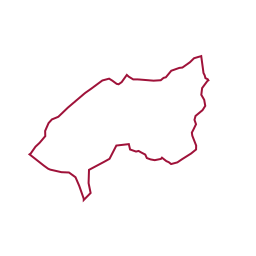 Al Fasher, North Darfur, Sudan, rotated 151°
{"feature_id": "16777658B96521919713520", "entity_name": "Al Fasher", "entity_type": "district", "adm_level": 2, "iso_a3": "SDN", "parent_name": "Sudan", "parent_adm1": "North Darfur", "projection": "robinson", "projection_center": [25.322, 13.818], "detail": "fine", "context": "isolated", "style": "outline", "palette": "rose", "viewbox_px": 256, "rotation_deg": 151, "n_neighbors": 0, "source": "geoboundaries", "source_scale": "gbopen_adm2", "svg_char_len": 1190}
<svg xmlns="http://www.w3.org/2000/svg" viewBox="0 0 256 256"><g transform="rotate(151 128 128)"><path d="M226.9,152.7L219.8,135.8L217.6,131.1L216.2,129.3L207.6,121.6L201.2,117.7L197.8,110.4L198.7,101.1L201.0,87.6L201.6,86.5L192.2,89.3L189.2,98.9L182.4,110.3L165.3,110.0L159.1,110.0L146.7,118.3L135.1,113.5L136.6,108.2L132.4,103.5L129.9,102.8L128.3,100.2L125.8,96.4L126.1,92.6L123.5,89.6L120.2,86.9L114.2,85.0L112.7,85.6L110.5,80.4L108.9,78.3L107.8,75.6L107.5,75.5L101.5,74.0L95.8,74.5L85.2,75.1L78.9,76.2L76.9,79.6L75.5,90.1L74.4,93.0L72.0,94.6L66.7,98.3L65.9,102.9L63.1,105.8L54.1,107.5L49.7,109.9L47.7,115.7L47.8,121.5L43.8,127.0L35.6,130.7L34.6,130.7L34.6,131.9L36.1,134.1L35.4,136.9L35.3,139.5L29.1,155.4L36.4,157.0L41.9,155.5L51.1,154.5L54.0,155.7L62.4,157.1L70.3,154.0L72.6,154.6L76.2,153.9L82.7,157.0L95.3,165.4L99.9,168.0L102.5,172.6L103.3,175.0L111.3,171.2L115.0,170.8L116.5,172.1L118.7,176.9L120.6,180.3L127.4,182.0L139.7,180.4L140.3,180.3L147.8,179.5L148.5,179.4L149.7,179.2L170.6,175.0L183.5,171.6L186.3,171.9L190.4,172.4L195.1,170.8L201.9,165.6L204.3,161.0L212.5,157.9L218.0,156.5L221.7,154.7L225.4,152.9L226.9,152.7Z" fill="none" stroke="#9f1239" stroke-width="2"/></g></svg>